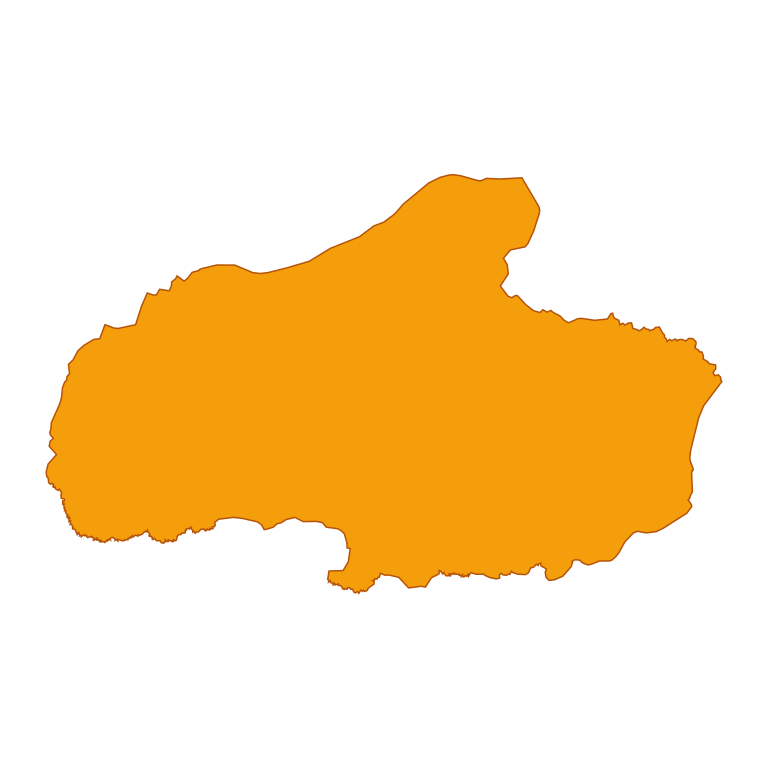 Khlong Khlung, Kamphaeng Phet, Thailand
{"feature_id": "78962969B33766889028899", "entity_name": "Khlong Khlung", "entity_type": "district", "adm_level": 2, "iso_a3": "THA", "parent_name": "Thailand", "parent_adm1": "Kamphaeng Phet", "projection": "robinson", "projection_center": [99.623, 16.235], "detail": "fine", "context": "isolated", "style": "filled", "palette": "amber", "viewbox_px": 768, "rotation_deg": 0, "n_neighbors": 0, "source": "geoboundaries", "source_scale": "gbopen_adm2", "svg_char_len": 6016}
<svg xmlns="http://www.w3.org/2000/svg" viewBox="0 0 768 768"><path d="M721.9,381.5L720.8,379.8L720.6,377.2L718.3,374.8L714.8,375.6L713.0,372.6L715.7,368.9L715.6,364.9L709.3,363.8L707.7,361.6L703.3,359.1L703.4,355.9L701.9,352.0L699.3,351.8L698.7,350.2L694.9,347.9L695.6,346.4L694.9,345.9L696.1,344.1L695.8,341.6L692.7,338.6L688.8,338.4L685.9,341.0L681.9,339.4L678.4,339.7L677.1,340.9L675.4,339.0L671.9,340.7L669.6,339.4L667.2,341.5L666.4,339.1L664.4,337.0L664.5,335.0L662.8,333.3L659.3,327.0L655.2,327.6L653.9,329.2L649.7,330.7L648.8,329.5L646.2,329.0L643.9,327.2L641.6,329.5L638.8,330.9L637.4,329.7L633.0,328.5L631.5,322.9L628.2,323.1L625.1,325.1L622.7,323.3L619.9,324.8L618.8,320.3L614.0,317.9L612.6,313.2L610.8,313.7L607.5,319.0L594.6,320.3L581.7,318.4L578.1,318.6L568.6,322.8L564.3,320.4L559.7,315.7L553.2,312.5L551.0,310.4L547.1,312.1L542.8,309.7L540.1,312.5L533.7,310.8L525.8,304.7L517.4,295.6L515.2,295.6L511.8,297.7L508.1,296.3L500.3,286.0L508.3,273.9L507.2,264.6L503.4,258.3L510.5,249.9L525.2,246.8L528.1,243.2L533.6,231.1L539.3,213.5L539.7,210.0L538.7,206.4L521.9,177.8L500.3,179.0L486.3,178.4L481.3,180.7L478.3,180.7L460.4,175.7L453.5,174.7L448.7,175.1L440.0,177.4L428.7,183.0L403.3,204.1L394.8,213.9L383.9,222.1L373.9,225.9L359.5,236.7L330.3,248.4L309.2,261.3L286.3,268.0L268.5,272.5L260.5,273.5L252.9,272.7L234.8,265.1L216.9,265.0L202.1,268.5L199.1,269.7L198.8,270.6L192.2,272.3L187.8,278.1L184.2,281.2L177.1,275.9L175.6,278.8L171.6,282.0L171.6,285.3L169.4,290.8L159.6,289.3L156.6,294.7L153.7,295.2L147.3,293.0L141.6,306.0L135.6,324.7L117.9,328.5L113.8,328.0L105.0,324.7L99.7,338.8L93.8,339.4L83.9,345.4L78.0,350.7L73.1,359.8L68.5,364.4L69.5,373.8L67.0,376.5L66.5,380.4L64.6,382.1L62.5,387.7L61.5,397.7L59.8,403.7L51.3,422.8L50.9,428.9L49.8,432.4L50.4,435.0L53.3,438.4L50.1,441.3L49.2,446.3L56.5,454.6L48.1,464.1L46.1,472.2L46.9,476.8L48.3,478.3L48.6,482.5L50.5,484.3L52.0,483.3L53.7,484.8L52.9,486.1L53.8,486.5L53.5,487.3L55.1,487.1L55.4,488.8L58.3,490.4L59.5,489.1L60.9,491.5L61.6,493.2L61.0,494.4L61.3,498.3L63.9,498.7L64.6,500.1L63.7,501.4L62.8,500.9L62.6,502.8L63.4,503.4L63.0,504.1L64.2,504.1L63.6,505.4L64.8,508.1L64.1,508.3L65.2,509.3L64.5,510.8L66.0,511.1L65.7,512.9L68.0,515.3L67.0,515.7L67.6,516.4L67.2,516.9L68.5,516.8L69.1,517.4L68.6,517.9L69.5,518.2L68.5,518.7L69.2,519.3L68.9,521.6L70.2,521.2L69.7,521.9L70.6,523.0L70.1,524.5L71.1,524.3L72.2,525.3L72.6,528.5L73.1,528.0L73.0,528.8L75.1,529.5L76.7,533.6L77.8,533.0L77.7,534.1L78.8,532.8L79.0,534.2L80.2,535.3L79.8,535.9L81.2,535.8L81.3,536.7L83.8,534.5L84.6,535.8L86.6,535.4L86.7,536.7L87.8,537.6L91.4,536.3L91.6,537.2L92.6,537.0L93.6,538.2L93.4,539.4L94.3,538.8L94.2,540.0L95.1,539.3L96.4,539.9L96.4,538.2L97.1,538.0L97.9,540.1L98.8,539.8L99.2,541.0L100.6,540.4L100.2,541.4L101.1,541.0L101.1,541.9L104.3,541.8L104.9,542.5L105.9,541.0L107.2,541.1L107.4,539.7L108.7,540.3L109.5,538.9L110.3,539.6L110.0,538.6L112.0,537.2L115.2,539.0L115.0,540.3L116.2,539.6L117.9,541.1L117.9,539.4L122.6,540.9L124.7,540.4L124.5,539.6L128.0,539.8L128.0,538.2L130.0,538.3L130.4,536.9L131.6,537.6L132.4,535.5L133.3,536.8L135.7,535.1L137.9,536.2L138.3,534.8L139.5,535.3L142.5,534.0L144.2,532.0L145.9,531.8L145.9,531.0L146.7,531.5L147.5,530.2L148.0,532.2L149.5,533.3L150.0,535.1L149.0,535.3L149.2,536.2L151.8,536.7L152.3,538.9L152.8,538.2L153.4,539.4L154.7,538.4L156.5,540.8L159.9,540.6L161.3,542.7L163.6,543.2L165.2,541.7L165.2,539.8L166.7,541.6L168.3,541.4L168.2,539.9L172.6,541.7L173.3,541.5L172.7,540.6L173.5,539.7L174.8,540.7L176.4,540.1L177.3,536.2L179.0,534.5L180.9,534.6L181.6,533.3L185.1,532.9L185.3,530.6L186.5,530.1L186.1,529.0L188.3,528.4L189.5,529.0L190.8,527.0L191.5,527.6L190.8,528.4L192.6,530.2L192.8,532.1L193.9,531.2L195.1,533.3L196.7,531.8L198.3,532.0L200.9,529.3L204.5,529.1L205.1,529.9L204.8,530.5L206.0,530.9L207.4,529.0L207.8,529.8L209.6,529.9L210.6,529.4L210.0,528.5L213.0,528.6L212.3,526.9L214.3,526.7L215.2,525.3L214.9,522.2L218.7,519.2L233.4,517.4L242.5,518.4L257.6,521.9L261.6,524.9L264.1,529.5L265.5,529.5L273.2,527.2L277.1,523.7L281.0,522.8L286.1,519.6L294.9,517.4L303.2,521.6L316.4,521.4L322.4,522.6L326.3,527.2L337.7,528.7L341.1,530.6L344.3,533.7L346.9,542.7L347.1,547.9L350.2,548.6L348.4,561.6L343.1,570.6L329.0,571.0L327.7,579.5L328.8,580.6L328.6,581.9L330.1,580.6L330.7,582.6L333.1,583.4L333.1,585.0L334.2,584.6L334.4,583.4L335.4,584.9L338.3,583.9L338.3,585.4L340.3,585.4L342.2,587.2L342.4,588.7L343.6,588.6L344.1,589.4L344.7,588.8L347.1,589.2L347.4,587.6L349.5,587.7L350.7,589.3L352.5,589.1L353.9,592.1L355.2,592.9L357.7,591.6L358.9,593.3L360.8,590.1L362.7,591.4L363.3,590.3L364.7,591.4L367.5,590.3L367.7,589.0L369.3,587.3L374.1,584.0L374.1,581.2L372.7,580.7L374.6,579.9L374.9,578.7L377.0,579.1L378.0,577.4L379.3,577.2L380.5,573.3L384.9,575.2L388.8,575.0L398.7,577.3L408.6,587.9L421.1,586.3L425.4,587.1L431.4,577.8L439.0,573.9L439.2,570.4L440.2,570.7L442.7,573.9L443.9,572.8L443.9,573.6L446.4,575.9L448.8,575.5L449.0,574.6L449.6,576.0L450.7,575.7L450.3,573.8L452.2,574.3L453.2,573.1L454.0,574.1L454.7,573.3L455.1,574.2L459.2,574.3L459.0,575.1L461.1,575.3L461.2,576.5L462.6,574.9L462.6,576.5L463.9,577.0L465.0,575.7L466.7,576.3L467.9,574.4L468.5,576.4L470.8,572.6L476.2,574.3L483.8,574.1L484.7,575.3L490.7,577.8L496.4,578.9L499.6,578.1L499.5,574.8L501.0,573.3L502.9,574.8L506.4,575.3L508.8,574.0L509.8,574.4L511.6,571.2L512.6,572.5L517.7,574.2L525.5,574.6L528.3,573.0L530.6,568.0L533.8,567.1L536.4,564.2L538.2,565.5L538.8,563.9L540.7,563.2L541.0,565.9L546.4,568.9L545.2,572.5L546.1,577.3L548.9,580.3L551.2,580.2L554.7,579.7L562.8,576.2L570.9,567.0L572.4,563.1L572.1,561.5L574.9,559.7L579.4,560.1L582.8,563.0L587.8,564.9L591.5,564.2L599.4,561.0L609.4,561.0L612.0,560.0L615.9,556.5L619.1,552.3L624.9,541.8L633.4,532.9L637.5,531.3L646.3,532.9L656.1,531.7L663.3,528.2L686.8,513.2L691.7,506.6L691.5,504.9L688.1,499.6L689.9,498.0L689.6,497.1L692.4,491.9L691.6,473.3L692.1,470.8L693.0,470.5L693.1,468.7L690.2,460.9L689.8,457.4L690.7,450.2L698.6,418.0L703.7,405.7L721.9,381.5Z" fill="#f59e0b" stroke="#b45309" stroke-width="1.5"/></svg>